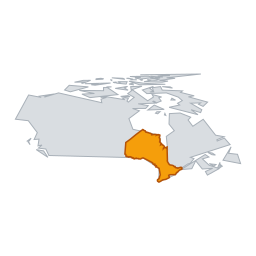 location of Ontario within Canada
{"feature_id": "CAN-682", "entity_name": "Ontario", "entity_type": "Province", "adm_level": 1, "iso_a3": "CAN", "parent_name": "Canada", "parent_adm1": "", "projection": "equal_earth", "projection_center": [-83.246, 49.265], "detail": "fine", "context": "in_parent", "style": "filled", "palette": "amber", "viewbox_px": 256, "rotation_deg": 0, "n_neighbors": 0, "source": "natural_earth", "source_scale": "10m", "svg_char_len": 8271}
<svg xmlns="http://www.w3.org/2000/svg" viewBox="0 0 256 256"><path d="M37.3,132.6L28.3,120.7L15.4,119.2L28.6,95.0L40.2,97.2L39.2,96.2L54.6,93.9L46.6,95.8L44.5,96.8L44.9,97.0L58.5,92.9L101.8,102.7L101.0,99.2L106.5,97.4L100.6,97.4L105.7,96.6L124.8,99.7L122.4,97.9L125.2,97.6L128.4,98.2L127.0,101.1L128.3,102.1L134.2,97.3L127.7,93.7L132.5,89.9L147.7,100.8L153.5,97.0L152.1,94.5L161.6,97.0L158.7,97.7L161.2,101.0L156.8,102.8L154.2,101.3L153.5,101.1L152.9,101.4L155.7,103.1L138.2,103.8L148.3,105.7L145.7,108.4L132.5,108.5L139.4,110.8L128.9,118.6L132.9,129.3L159.3,135.2L160.9,144.5L167.6,149.4L166.3,136.4L174.3,130.7L169.0,124.1L169.4,113.6L180.1,113.0L190.7,117.2L188.1,120.0L192.8,126.3L203.2,119.3L215.6,135.2L224.1,136.7L216.9,139.7L217.2,141.0L224.4,138.1L230.1,144.6L190.5,157.3L194.0,158.6L190.3,163.2L187.7,164.0L182.1,167.7L175.3,174.7L158.7,181.9L159.1,168.4L143.1,157.9L48.9,155.5L45.8,149.0L38.4,148.1L42.0,145.0L38.0,145.9L39.0,139.1L34.1,139.5L37.3,132.6ZM149.8,92.0L153.7,91.9L152.4,87.7L160.6,86.6L162.2,90.1L182.5,90.9L180.5,92.4L194.2,95.8L188.4,96.8L207.6,102.1L203.1,106.4L198.5,104.3L200.5,102.9L190.6,103.2L201.8,109.7L200.6,112.6L191.1,109.7L198.0,114.7L169.1,107.3L179.7,105.0L177.5,103.3L182.3,100.6L178.3,97.1L166.4,92.9L146.9,93.6L142.4,90.0L153.4,86.4L149.8,88.4L153.3,91.2L149.8,92.0ZM140.3,74.8L200.9,74.0L166.6,77.8L175.1,78.3L159.6,80.4L168.0,81.1L162.2,82.2L144.0,81.7L149.8,80.6L147.3,79.6L154.6,80.3L156.4,80.2L158.5,79.3L149.9,78.2L157.1,78.2L160.2,78.0L150.6,76.3L162.8,77.1L157.7,76.2L169.9,75.6L166.2,75.5L169.8,75.0L140.3,74.8ZM79.3,90.4L103.6,90.7L103.5,87.6L107.3,87.5L117.9,94.6L90.0,97.6L81.9,94.1L94.4,93.5L79.3,90.4ZM202.3,169.0L195.7,160.8L191.8,168.7L181.1,169.6L205.2,154.5L208.9,157.0L202.4,158.9L209.1,165.2L219.2,168.6L207.4,175.1L205.4,171.5L212.7,168.3L202.3,169.0ZM69.2,85.3L88.4,86.9L70.3,91.8L64.6,90.0L69.2,85.3ZM129.9,76.5L148.2,76.2L153.5,77.5L140.4,79.1L134.9,78.0L140.8,77.4L129.9,76.5ZM128.9,81.2L145.2,83.4L165.3,84.3L139.7,84.8L128.9,81.2ZM84.9,83.7L110.6,83.0L95.1,85.2L91.3,84.8L98.7,83.8L84.9,83.7ZM231.1,146.8L228.6,153.3L237.5,154.3L240.6,163.6L223.0,160.2L231.1,146.8ZM115.2,88.4L127.6,86.4L124.5,88.0L128.1,90.2L115.2,88.4ZM147.8,110.0L154.2,105.1L164.2,109.4L147.8,110.0ZM130.7,86.6L142.0,86.2L131.2,89.9L130.7,86.6ZM90.6,80.3L86.4,82.0L74.5,82.2L83.2,80.4L90.6,80.3ZM127.1,81.7L126.1,84.1L116.2,83.1L120.1,82.8L118.6,81.7L127.1,81.7ZM111.8,77.8L123.0,78.3L124.9,79.3L111.8,77.8ZM36.2,149.6L43.6,150.9L47.9,157.3L36.2,149.6ZM162.2,86.6L170.1,86.9L172.5,88.1L162.2,86.6ZM120.6,96.4L128.0,95.6L130.1,96.8L120.6,96.4ZM132.8,83.1L133.3,84.8L129.0,84.1L132.8,83.1ZM128.4,78.2L133.2,79.2L126.4,78.3L128.4,78.2ZM171.9,98.2L175.5,100.1L170.9,100.0L171.9,98.2ZM97.6,79.3L103.1,79.2L95.5,79.6L97.6,79.3ZM111.5,86.8L108.0,87.3L106.5,86.9L111.5,86.8ZM220.0,162.4L219.9,166.9L220.8,164.9L222.3,166.2L220.1,167.5L217.9,167.1L220.0,162.4ZM100.9,78.3L103.8,78.8L95.7,78.8L100.9,78.3ZM215.4,155.1L212.0,154.7L207.8,152.4L212.2,153.0L215.4,155.1ZM160.1,111.7L157.7,113.8L155.5,113.2L156.8,111.8L160.1,111.7ZM27.4,140.9L31.1,138.2L29.2,141.0L27.4,140.9ZM130.3,79.9L135.9,79.7L136.8,79.8L130.3,79.9ZM116.6,82.0L115.2,82.9L113.0,82.3L116.6,82.0ZM209.3,163.6L211.3,164.0L216.0,164.5L214.0,166.1L209.3,163.6ZM164.9,113.4L165.8,115.4L164.4,114.9L164.9,113.4ZM85.7,82.3L82.6,83.3L81.4,83.1L85.7,82.3ZM142.9,79.9L141.2,80.3L140.8,80.0L142.9,79.9ZM111.8,79.9L111.8,80.6L110.3,79.7L111.8,79.9ZM27.7,141.4L28.9,142.3L30.1,144.7L27.7,141.4Z" fill="#d9dde1" stroke="#a8b0b8" stroke-width="1"/><path d="M140.3,159.0L139.6,158.9L139.4,158.9L139.2,158.9L138.9,159.0L138.7,158.9L138.5,158.6L138.3,158.5L137.4,158.6L137.2,158.6L136.6,158.6L136.4,158.4L136.4,158.2L136.2,158.1L135.7,158.3L135.2,158.7L134.9,158.7L134.7,158.8L134.6,158.7L134.3,158.8L134.3,158.7L134.0,158.6L134.0,158.4L133.9,158.3L133.6,158.2L133.3,158.1L133.2,158.0L133.1,157.8L133.0,157.7L132.8,157.7L132.5,157.8L132.4,157.8L132.4,158.1L132.2,158.1L132.0,157.8L132.0,157.5L131.9,157.4L131.5,157.4L131.3,157.4L131.3,157.2L131.5,157.2L130.9,156.9L130.7,156.8L129.9,156.7L129.3,156.8L129.3,157.0L129.2,157.0L128.5,157.1L128.4,157.1L128.3,156.8L128.2,156.7L127.2,156.6L127.1,156.4L126.4,156.5L126.2,156.4L126.0,156.2L125.9,156.1L126.0,155.7L125.8,154.9L125.8,154.7L125.7,154.4L125.5,154.2L125.3,154.2L125.0,154.2L124.9,154.1L125.8,142.5L130.1,139.4L132.9,137.1L136.2,134.4L140.6,131.1L142.7,129.6L142.8,129.5L143.0,129.6L142.9,129.7L143.2,129.9L143.4,130.1L143.7,130.2L144.0,130.4L144.3,130.5L144.9,130.8L145.1,130.8L145.1,131.0L145.4,131.2L145.7,131.6L145.8,131.8L146.0,131.9L146.0,132.0L145.9,132.1L146.0,132.2L146.3,132.1L146.6,132.2L146.6,132.3L147.4,132.5L147.6,132.4L147.7,132.5L147.9,132.5L148.0,132.6L148.3,132.6L148.6,132.8L149.1,133.0L149.3,133.1L150.3,133.3L150.7,133.4L150.9,133.5L151.1,133.7L151.2,133.8L151.5,134.0L152.0,134.2L152.3,134.3L152.1,134.5L151.9,134.7L151.8,134.9L151.6,135.0L151.5,135.4L151.8,135.0L152.1,134.6L152.5,134.5L152.8,134.5L153.6,134.6L153.8,134.6L154.1,134.5L154.6,134.4L155.0,134.5L155.4,134.4L155.8,134.5L156.0,134.6L156.3,134.8L156.3,135.0L156.4,134.9L156.3,134.7L156.0,134.6L155.9,134.5L156.0,134.5L156.3,134.5L156.5,134.6L157.2,134.7L157.3,134.8L157.7,134.6L157.8,134.6L158.0,134.7L158.0,134.8L157.9,135.0L158.0,135.0L158.1,134.9L158.4,134.9L158.7,134.8L158.9,134.9L159.0,134.9L158.9,134.9L159.0,134.9L159.3,135.0L159.5,135.2L159.4,134.9L159.7,135.0L159.6,135.3L159.7,135.5L159.7,135.8L159.8,135.8L159.6,136.8L159.4,137.1L159.3,137.4L159.2,137.4L159.2,137.5L159.3,137.6L159.3,137.9L159.4,138.1L159.5,138.2L159.8,138.4L160.1,139.2L160.0,139.4L159.9,139.7L159.8,139.9L159.9,140.0L160.0,140.5L160.1,140.9L160.0,141.0L159.8,141.2L159.7,141.5L159.6,141.8L159.6,142.0L159.8,142.1L160.1,142.2L160.3,142.4L160.5,142.6L160.6,142.9L160.9,143.1L161.3,143.5L161.6,143.7L161.6,143.8L161.6,144.0L161.8,144.2L161.5,144.2L161.1,144.3L160.9,144.3L160.8,144.6L161.1,144.4L161.7,144.4L161.9,144.5L162.1,144.8L162.4,144.9L162.7,145.1L162.8,145.0L163.2,145.2L163.3,145.5L163.6,145.6L163.9,145.9L164.2,146.2L164.2,146.3L164.4,146.8L164.5,146.9L164.6,147.0L164.7,147.4L164.1,147.6L163.9,147.8L163.5,148.1L163.4,148.3L163.2,148.4L163.1,148.5L163.3,148.4L163.3,148.5L163.5,148.2L163.8,148.1L164.0,148.0L164.0,147.9L164.3,147.7L164.7,147.4L164.8,147.4L165.3,147.6L165.5,147.6L165.8,147.7L166.0,147.9L166.5,148.2L166.6,148.4L167.0,148.6L167.1,148.8L167.4,159.6L167.4,160.3L167.4,160.5L167.2,160.7L167.2,160.9L167.3,161.1L167.6,161.5L167.6,162.0L167.9,162.4L168.1,162.7L168.4,163.1L168.6,163.5L168.9,163.8L168.9,164.0L169.0,164.1L169.2,164.4L169.6,164.6L169.7,164.8L170.5,165.0L170.8,165.1L171.0,165.1L171.4,165.1L171.6,165.2L171.9,165.2L172.7,165.4L173.2,165.6L173.5,165.8L173.7,166.0L173.9,166.4L174.2,166.6L174.6,166.8L174.8,166.7L174.7,166.5L174.9,166.4L175.0,166.5L175.2,166.8L175.2,167.0L175.3,167.0L175.4,167.3L175.6,167.6L176.2,167.8L176.4,167.9L176.5,167.9L177.0,167.7L177.2,167.8L177.5,168.0L177.8,168.3L178.1,168.2L178.3,168.0L178.5,167.9L179.1,167.7L179.4,167.6L180.0,167.5L180.3,167.3L180.8,167.4L181.1,167.3L181.4,167.4L181.7,167.5L181.8,167.6L181.7,168.5L182.0,168.9L181.9,169.0L181.7,169.1L181.6,169.3L181.2,169.5L180.5,169.6L180.1,169.9L179.9,169.9L179.5,170.1L178.3,171.2L178.0,171.6L177.9,171.8L177.3,172.0L177.1,172.2L177.0,172.3L177.0,172.5L176.6,172.6L176.3,173.0L175.4,174.6L170.0,174.7L169.9,174.7L168.7,175.3L169.0,176.0L169.1,176.4L169.0,176.6L169.1,176.8L169.3,177.1L169.5,177.2L169.5,177.3L169.4,177.4L169.3,177.6L169.2,177.7L165.7,179.4L162.8,179.9L159.5,181.9L158.8,182.0L158.7,181.9L157.7,181.3L157.5,181.0L157.4,180.7L157.5,180.3L157.5,179.8L157.6,179.6L158.0,179.4L158.3,179.2L158.9,178.6L159.1,178.6L159.2,178.4L159.3,178.0L159.4,177.8L159.3,177.7L159.4,177.3L159.5,177.1L159.5,176.8L160.3,174.9L159.1,168.4L156.5,166.9L156.1,166.9L156.3,166.5L156.5,166.0L156.3,165.7L156.1,165.6L155.7,165.7L155.4,165.7L155.2,165.8L155.0,165.6L154.8,165.3L154.8,165.2L154.7,164.9L154.8,164.8L154.6,164.6L154.8,164.2L154.5,164.1L154.2,164.2L153.9,164.2L153.7,164.4L152.9,163.8L152.7,163.0L152.6,162.8L148.1,160.4L143.2,157.9L142.4,158.0L140.5,159.0L140.3,159.0ZM167.1,148.7L166.7,148.4L166.5,148.0L166.5,147.9L166.7,147.5L166.6,147.3L166.6,147.2L166.8,147.1L167.1,147.0L167.1,148.7Z" fill="#f59e0b" stroke="#b45309" stroke-width="1.5"/></svg>